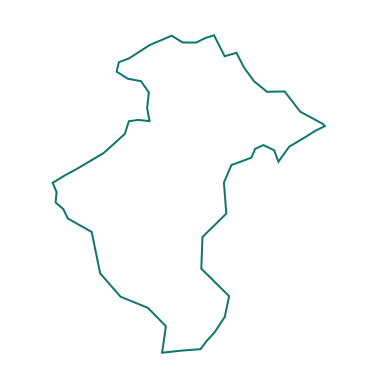 SVG path tracing the border of La Vega, rotated 355°
{"feature_id": "DOM-1975", "entity_name": "La Vega", "entity_type": "Province", "adm_level": 1, "iso_a3": "DOM", "parent_name": "Dominican Republic", "parent_adm1": "", "projection": "albers", "projection_center": [-70.602, 19.023], "detail": "fine", "context": "isolated", "style": "outline", "palette": "teal", "viewbox_px": 384, "rotation_deg": 355, "n_neighbors": 0, "source": "natural_earth", "source_scale": "10m", "svg_char_len": 870}
<svg xmlns="http://www.w3.org/2000/svg" viewBox="0 0 384 384"><g transform="rotate(355 192 192)"><path d="M185.4,34.5L195.6,42.2L209.2,43.5L218.8,39.7L227.6,37.8L236.3,59.6L248.4,57.2L254.7,72.6L263.4,87.0L275.4,98.7L293.0,99.9L306.9,121.5L328.4,135.6L329.2,136.8L330.0,138.0L320.5,141.6L309.9,147.1L292.8,155.3L280.7,169.4L277.5,157.6L267.2,151.5L258.7,154.5L254.1,163.0L233.6,168.6L224.6,185.4L224.3,216.5L198.5,237.7L194.6,269.2L219.9,299.0L213.8,319.2L202.5,333.5L193.4,341.9L186.8,349.3L167.8,349.1L148.2,349.5L154.3,323.5L138.0,303.6L111.7,290.1L93.4,265.0L88.6,223.1L66.0,207.6L62.3,197.8L55.2,190.5L57.1,180.4L54.0,170.7L66.5,164.5L80.7,158.3L107.5,145.4L130.1,128.3L135.3,116.0L144.6,115.5L155.9,117.7L154.6,104.6L157.7,89.1L150.9,77.2L137.8,73.5L127.4,65.5L130.5,56.3L141.1,53.3L162.7,41.9L185.4,34.5Z" fill="none" stroke="#0f766e" stroke-width="2"/></g></svg>